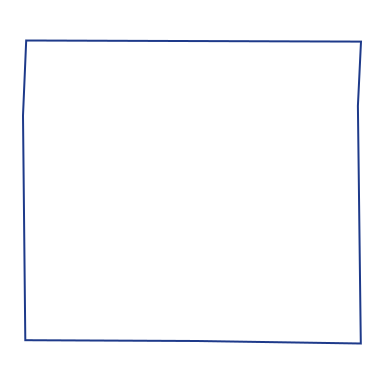 Missaukee, Michigan, United States of America (Robinson projection)
{"feature_id": "52423323B75954483528672", "entity_name": "Missaukee", "entity_type": "district", "adm_level": 2, "iso_a3": "USA", "parent_name": "United States of America", "parent_adm1": "Michigan", "projection": "robinson", "projection_center": [-85.123, 44.337], "detail": "fine", "context": "isolated", "style": "outline", "palette": "blue", "viewbox_px": 384, "rotation_deg": 0, "n_neighbors": 0, "source": "geoboundaries", "source_scale": "gbopen_adm2", "svg_char_len": 217}
<svg xmlns="http://www.w3.org/2000/svg" viewBox="0 0 384 384"><path d="M25.3,340.2L197.1,341.0L360.8,343.5L357.9,105.9L361.0,41.6L26.2,40.5L23.0,115.6L25.3,340.2Z" fill="none" stroke="#1e3a8a" stroke-width="2"/></svg>